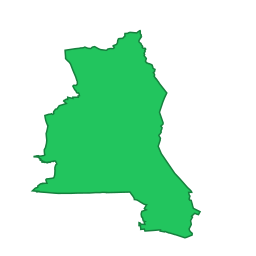 Tadaiķu pag., Durbes, Latvia, rotated 11°
{"feature_id": "27541924B16755301218302", "entity_name": "Tadaiķu pag.", "entity_type": "district", "adm_level": 2, "iso_a3": "LVA", "parent_name": "Latvia", "parent_adm1": "Durbes", "projection": "natural_earth1", "projection_center": [21.303, 56.588], "detail": "fine", "context": "isolated", "style": "filled", "palette": "green", "viewbox_px": 256, "rotation_deg": 11, "n_neighbors": 0, "source": "geoboundaries", "source_scale": "gbopen_adm2", "svg_char_len": 5375}
<svg xmlns="http://www.w3.org/2000/svg" viewBox="0 0 256 256"><g transform="rotate(11 128 128)"><path d="M202.8,179.0L202.4,178.4L202.4,178.2L200.7,176.9L197.8,175.1L188.2,167.7L182.6,163.7L165.6,146.9L161.1,140.2L161.9,133.7L161.7,132.9L161.8,131.9L159.7,129.5L159.6,129.3L160.4,128.0L161.0,126.8L161.4,125.6L160.8,124.7L161.3,122.9L161.4,121.9L161.2,121.6L161.4,121.2L159.9,119.9L160.1,119.6L161.6,117.5L161.5,116.3L156.0,106.8L155.9,106.2L157.2,96.0L158.0,91.7L159.4,86.2L150.6,78.6L149.1,77.0L148.8,76.7L147.9,76.0L147.1,75.1L146.1,74.2L145.9,74.3L143.7,72.1L144.0,71.1L144.0,70.9L143.8,70.4L143.6,70.2L143.1,69.5L142.4,69.0L142.3,68.7L142.8,68.2L143.3,67.6L143.3,67.3L143.1,66.7L143.4,65.9L143.4,65.6L143.3,65.3L142.5,65.1L141.6,64.9L141.2,64.6L140.8,63.7L140.5,63.4L140.4,62.8L140.0,62.4L139.9,61.9L139.8,61.7L138.6,61.2L136.4,60.8L135.7,60.9L135.0,60.6L134.1,60.6L133.7,60.1L133.3,59.9L132.9,59.8L132.6,59.4L132.4,59.1L132.7,56.7L132.7,56.2L130.2,54.1L130.0,53.7L130.3,52.8L130.1,52.3L129.6,51.9L129.6,51.7L129.6,51.1L130.1,49.9L130.2,49.6L130.1,49.2L129.6,48.6L129.7,48.4L130.1,47.8L130.2,47.6L130.3,47.4L130.1,47.0L130.0,46.7L129.6,46.5L127.8,46.8L127.6,46.8L126.7,46.4L126.6,46.1L126.7,45.8L126.8,45.3L126.7,45.0L125.1,43.6L124.7,42.8L124.6,42.6L123.5,42.1L122.7,41.6L122.4,41.3L122.2,41.0L122.1,40.7L122.1,40.1L122.5,38.8L123.3,37.0L123.1,37.1L123.4,35.9L123.4,35.1L123.2,34.3L123.0,33.9L122.2,33.3L121.8,32.2L121.8,31.4L121.3,30.1L121.0,30.2L119.3,31.9L118.4,33.0L111.8,33.7L110.9,34.1L109.7,35.0L109.4,35.2L107.0,35.8L107.0,36.2L107.1,36.8L107.4,38.6L107.3,38.9L106.6,39.4L105.7,41.0L104.0,41.4L102.0,42.0L101.6,42.4L101.5,42.5L101.4,43.4L101.2,44.0L101.4,46.3L100.8,48.1L99.6,48.9L97.8,50.0L97.7,50.1L97.8,50.5L98.9,51.2L99.2,51.8L98.2,52.9L95.3,53.4L93.1,54.4L92.9,54.6L92.5,55.4L92.0,55.8L91.8,55.9L86.1,56.3L84.1,55.9L79.8,54.5L79.6,54.5L77.6,55.4L76.5,56.9L76.2,57.1L73.4,57.4L70.2,56.8L69.1,57.6L68.2,58.0L65.8,58.6L65.5,58.9L61.5,60.1L51.4,63.7L51.7,64.9L51.9,65.1L51.8,65.3L53.1,70.0L53.5,71.8L55.6,73.3L58.0,74.8L59.4,76.2L62.9,81.8L67.0,87.9L68.6,90.9L69.3,91.8L69.5,92.6L69.9,94.6L68.9,96.1L66.6,96.4L65.9,97.4L68.4,100.6L70.0,101.6L70.1,102.2L71.3,103.3L71.5,103.4L72.4,102.9L72.8,103.1L73.5,104.0L74.2,105.5L72.9,106.1L73.3,107.3L68.0,108.3L68.3,109.5L63.8,109.4L63.0,109.3L63.1,109.6L63.2,111.2L63.3,111.5L62.8,111.6L62.2,111.4L61.9,111.5L60.9,112.5L60.6,112.7L60.3,113.0L60.0,113.1L59.9,113.3L59.7,113.8L62.8,115.7L56.2,119.3L54.7,122.8L53.2,123.4L52.5,125.0L52.0,125.9L51.9,126.7L52.4,127.9L52.3,128.1L51.5,129.0L50.0,128.6L49.2,129.3L48.0,129.5L47.7,129.6L44.0,131.6L44.9,134.1L45.8,136.2L46.8,138.0L48.5,140.7L48.8,140.6L49.0,140.9L49.0,144.3L48.9,147.2L48.7,149.1L49.5,151.9L50.6,155.5L50.9,158.6L50.7,163.1L50.0,165.0L50.0,165.3L50.3,166.9L50.9,169.0L51.5,170.2L51.0,170.8L49.9,171.4L48.4,172.0L47.1,172.4L46.5,172.5L45.2,172.3L44.5,172.6L43.8,172.7L42.9,173.2L41.3,173.8L41.4,174.2L42.4,174.0L44.2,173.8L46.2,173.8L46.8,174.9L47.7,174.8L48.2,174.9L48.3,175.1L48.4,175.3L48.0,175.5L47.8,176.0L47.9,176.3L48.3,176.4L49.0,176.3L49.3,176.6L49.8,176.4L50.4,176.6L50.5,176.7L50.2,176.9L50.0,177.0L50.0,177.4L50.2,177.5L50.2,177.8L50.5,177.7L50.5,177.8L50.9,177.8L51.0,177.5L51.7,177.6L51.4,177.1L51.9,176.9L52.0,177.0L52.4,177.3L52.6,177.4L52.5,177.5L52.9,177.5L53.2,177.3L53.8,177.5L54.3,177.3L54.6,177.5L54.9,177.3L55.2,177.5L55.5,177.3L55.8,177.4L56.0,176.9L56.1,176.7L56.3,176.7L56.3,177.0L56.7,176.8L57.6,176.6L57.7,176.4L58.1,176.6L58.3,176.4L58.2,176.1L58.8,175.7L59.1,175.6L60.1,175.1L61.0,175.2L61.5,174.9L61.4,174.8L61.5,174.5L61.6,174.4L63.0,174.3L63.4,174.6L63.5,174.9L64.6,176.2L65.0,177.0L64.7,177.4L64.1,178.0L63.8,180.6L63.9,181.3L64.2,183.0L64.4,183.1L64.9,187.0L65.0,188.4L64.9,189.2L64.8,190.4L64.5,191.2L62.6,192.0L60.9,192.5L60.7,192.7L57.9,193.5L57.3,194.2L57.4,194.9L59.0,197.7L54.7,198.6L54.8,198.9L54.0,199.1L52.7,199.6L51.9,200.6L50.6,201.9L50.7,203.4L50.7,203.5L48.5,204.7L46.2,207.9L51.0,207.4L50.8,207.6L50.2,207.6L50.4,208.1L50.7,208.1L51.1,208.0L51.1,207.9L51.8,207.8L51.7,207.4L52.5,207.3L53.1,207.2L53.5,207.6L54.3,207.5L60.3,206.8L67.0,206.1L71.9,205.5L77.8,204.3L84.5,203.0L89.5,201.8L94.3,200.8L102.7,199.1L108.8,197.5L112.7,196.8L115.1,196.0L119.4,195.3L119.4,195.5L129.0,193.4L133.8,192.3L142.1,190.5L142.8,191.1L144.1,192.4L145.5,193.6L147.2,195.4L147.9,196.8L147.9,197.0L149.3,196.9L150.7,197.0L152.3,197.5L154.3,198.3L158.2,199.7L160.0,199.9L160.9,199.8L159.4,204.0L160.7,204.7L161.4,204.9L157.5,207.2L157.3,209.1L157.4,210.3L158.3,212.7L159.2,213.0L160.7,216.2L162.3,216.6L162.1,216.7L161.9,217.4L162.2,218.1L163.0,219.4L159.2,220.0L158.1,219.0L156.9,218.8L157.3,220.8L157.4,221.7L158.8,221.5L158.8,221.8L159.9,224.8L159.9,225.1L163.3,224.1L164.3,225.9L172.9,223.6L178.1,222.1L179.3,221.9L179.2,223.0L179.3,223.0L183.7,223.0L184.0,222.5L188.2,223.2L188.3,223.1L190.1,223.2L194.5,223.7L194.8,223.6L204.8,224.9L206.4,224.1L210.3,221.5L211.2,221.1L211.3,219.6L210.6,218.7L209.1,218.0L207.9,216.7L207.2,215.4L208.4,211.2L208.5,210.6L208.0,209.2L207.1,207.1L207.4,206.0L208.3,203.2L207.2,202.5L209.8,199.0L211.7,199.4L213.7,199.6L214.7,196.4L207.8,194.5L207.5,194.4L206.2,192.0L205.9,191.2L203.8,187.0L202.4,187.1L202.0,186.6L202.0,186.3L201.7,186.3L201.7,186.2L201.8,186.0L201.6,185.9L201.5,185.7L201.8,183.0L200.8,182.0L199.8,179.6L202.8,179.0Z" fill="#22c55e" stroke="#15803d" stroke-width="1.5"/></g></svg>